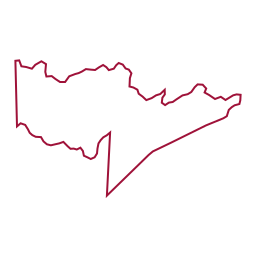 Comendador Levy Gasparian, Rio de Janeiro, Brazil
{"feature_id": "56859067B81478228357655", "entity_name": "Comendador Levy Gasparian", "entity_type": "district", "adm_level": 2, "iso_a3": "BRA", "parent_name": "Brazil", "parent_adm1": "Rio de Janeiro", "projection": "equal_earth", "projection_center": [-43.248, -22.053], "detail": "fine", "context": "isolated", "style": "outline", "palette": "rose", "viewbox_px": 256, "rotation_deg": 0, "n_neighbors": 0, "source": "geoboundaries", "source_scale": "gbopen_adm2", "svg_char_len": 1325}
<svg xmlns="http://www.w3.org/2000/svg" viewBox="0 0 256 256"><path d="M15.4,60.8L17.0,126.4L20.6,123.3L25.2,124.9L28.0,129.4L29.7,132.8L32.3,135.1L35.7,136.8L41.0,137.1L43.5,141.4L46.9,144.3L50.9,145.3L55.2,144.3L59.2,143.4L63.4,141.9L67.6,146.2L70.5,148.8L73.7,148.6L76.8,149.5L80.4,147.7L82.9,151.0L83.9,155.7L87.6,157.4L90.7,159.0L94.6,157.3L97.0,153.5L97.5,148.4L98.5,143.4L100.7,140.1L103.3,137.3L106.8,135.3L110.1,132.5L106.9,195.6L148.7,154.9L152.9,151.4L171.0,142.7L206.0,125.4L223.3,118.3L226.8,116.2L228.8,109.9L231.7,107.2L234.6,105.3L239.4,104.0L240.3,100.3L240.6,94.8L236.6,94.4L233.2,95.3L225.5,100.0L220.8,96.8L215.0,99.0L209.1,95.0L204.6,92.5L206.2,88.5L202.7,84.7L197.6,84.4L194.7,87.2L191.3,92.0L187.7,94.2L182.5,95.4L176.4,99.4L172.7,102.0L168.9,102.6L165.1,105.1L161.8,102.7L162.4,97.7L164.8,94.4L164.7,89.8L160.3,94.0L156.1,95.3L151.7,98.1L146.3,100.1L142.6,96.6L138.7,93.7L137.4,89.7L133.4,87.5L129.5,86.5L129.9,78.1L131.4,73.3L128.8,69.6L125.6,68.5L122.8,64.6L118.7,63.0L116.2,65.2L113.8,68.7L108.8,70.1L106.4,67.2L103.1,65.0L98.9,67.4L95.1,70.0L90.5,69.6L85.9,69.1L81.8,71.6L78.6,73.1L75.3,74.0L69.2,76.3L65.1,82.0L60.0,82.0L55.6,79.1L51.7,76.1L46.4,76.5L45.3,71.9L46.0,64.1L41.4,61.3L35.3,64.8L31.9,68.7L26.2,67.0L21.4,66.3L19.2,60.4L15.4,60.8Z" fill="none" stroke="#9f1239" stroke-width="2"/></svg>